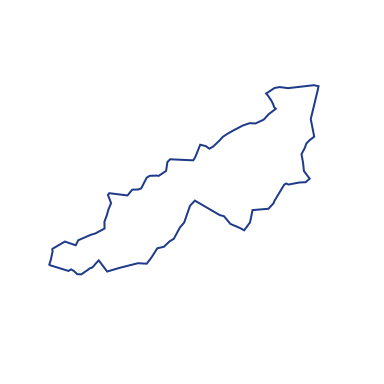 the district of Etinan, Akwa Ibom, Nigeria, rotated 244°
{"feature_id": "59680162B79884468001879", "entity_name": "Etinan", "entity_type": "district", "adm_level": 2, "iso_a3": "NGA", "parent_name": "Nigeria", "parent_adm1": "Akwa Ibom", "projection": "albers", "projection_center": [7.841, 4.824], "detail": "fine", "context": "isolated", "style": "outline", "palette": "blue", "viewbox_px": 384, "rotation_deg": 244, "n_neighbors": 0, "source": "geoboundaries", "source_scale": "gbopen_adm2", "svg_char_len": 1425}
<svg xmlns="http://www.w3.org/2000/svg" viewBox="0 0 384 384"><g transform="rotate(244 192 192)"><path d="M231.6,352.1L234.6,348.3L243.2,323.9L247.9,316.8L249.3,311.7L248.0,301.8L245.9,302.4L239.3,303.4L235.0,303.4L232.5,303.0L230.1,303.8L228.3,295.0L225.6,288.2L225.8,279.0L228.6,274.0L229.5,266.8L229.2,256.5L228.8,249.8L228.1,244.0L226.2,239.2L223.6,231.1L223.3,226.6L227.2,224.5L230.9,220.1L221.9,210.2L219.9,207.0L231.0,186.7L229.7,183.0L222.3,178.0L221.1,169.2L222.2,167.5L225.1,161.0L224.7,157.5L217.5,147.9L217.9,144.6L220.3,139.3L217.2,132.5L227.2,117.1L226.3,115.2L217.5,114.4L212.4,108.7L209.0,105.8L203.6,100.2L197.5,97.4L197.1,87.1L197.9,82.3L198.5,68.6L195.1,64.1L203.2,56.0L202.1,41.7L201.3,41.1L199.8,40.7L193.1,35.5L189.3,31.9L188.1,32.6L175.2,46.4L175.5,49.3L173.0,51.1L168.4,52.9L166.5,56.4L167.7,64.4L168.2,66.8L167.9,69.2L168.4,70.8L170.0,74.4L171.4,78.2L157.7,80.9L155.6,93.5L151.7,112.2L147.4,119.9L151.0,127.0L156.6,136.1L155.1,142.8L157.5,150.3L157.9,155.1L165.4,165.6L168.0,171.6L180.5,184.2L183.0,190.8L159.1,206.8L156.3,210.1L146.5,212.5L138.5,219.4L134.7,222.1L139.0,230.4L139.1,230.7L149.2,238.5L143.4,253.4L146.2,260.4L147.8,262.1L158.1,278.0L158.4,280.3L156.4,282.0L153.4,292.9L151.0,298.4L152.4,303.6L161.8,301.8L169.5,304.6L178.0,307.0L182.1,312.6L185.5,316.1L186.4,318.7L186.9,320.0L188.2,326.1L205.5,330.7L228.0,349.3L231.6,352.1Z" fill="none" stroke="#1e3a8a" stroke-width="2"/></g></svg>